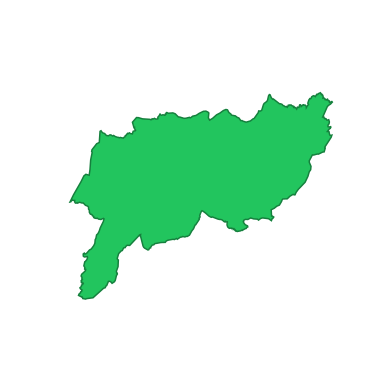 Nittedal nor, Akershus, Norway (Equal Earth projection), rotated 291°
{"feature_id": "86288312B73393856679097", "entity_name": "Nittedal nor", "entity_type": "district", "adm_level": 2, "iso_a3": "NOR", "parent_name": "Norway", "parent_adm1": "Akershus", "projection": "equal_earth", "projection_center": [10.849, 60.08], "detail": "fine", "context": "isolated", "style": "filled", "palette": "green", "viewbox_px": 384, "rotation_deg": 291, "n_neighbors": 0, "source": "geoboundaries", "source_scale": "gbopen_adm2", "svg_char_len": 6033}
<svg xmlns="http://www.w3.org/2000/svg" viewBox="0 0 384 384"><g transform="rotate(291 192 192)"><path d="M259.0,145.8L257.0,141.6L257.2,140.0L256.9,139.6L255.4,139.8L255.3,139.2L254.0,139.3L253.8,139.0L253.9,138.1L253.5,136.9L252.7,136.1L252.8,134.7L253.3,134.5L253.3,134.2L251.5,134.0L249.6,133.3L248.2,133.9L247.3,132.7L247.1,132.1L247.3,130.5L246.2,129.6L246.1,128.5L245.2,128.4L244.7,127.6L244.8,126.8L242.6,119.7L242.2,115.2L241.6,113.5L235.8,111.4L231.5,114.6L231.8,115.2L230.6,115.5L229.5,117.2L229.0,117.2L227.6,115.3L224.9,115.5L224.5,113.6L224.8,112.3L223.5,111.4L223.7,110.9L222.1,110.2L221.2,110.2L220.7,109.9L220.9,109.8L220.6,109.5L219.5,109.6L218.7,108.9L217.7,108.6L217.2,105.4L216.5,104.7L216.6,103.5L216.3,102.7L216.3,100.1L216.7,98.6L216.2,98.3L215.8,97.7L216.2,96.3L216.0,95.0L214.5,93.8L214.1,91.8L215.3,89.5L215.2,87.6L215.7,86.4L216.6,85.1L215.7,84.4L205.0,87.7L202.9,85.7L195.6,83.5L193.8,83.8L193.3,84.6L185.7,85.9L176.5,88.7L170.8,90.0L170.5,86.6L168.3,85.3L161.8,84.7L146.9,82.4L139.0,81.7L139.5,82.4L141.8,82.7L141.4,83.6L142.1,85.5L140.7,86.0L139.9,87.1L140.1,87.9L140.9,88.5L140.6,89.2L142.1,90.6L142.3,93.3L142.8,94.4L141.4,97.3L141.4,99.7L140.9,100.7L138.9,101.6L138.3,102.6L136.2,103.5L134.9,105.1L135.1,106.0L134.7,107.2L134.2,107.5L134.2,108.2L133.1,109.3L133.4,109.6L132.8,110.2L132.8,110.9L133.0,112.1L133.6,112.9L133.2,114.4L133.7,116.8L135.6,118.7L135.4,119.5L132.6,119.8L125.7,119.2L122.1,119.4L119.4,119.1L117.7,118.3L114.3,118.9L112.8,118.7L109.3,119.7L106.7,119.5L102.7,118.4L101.2,117.1L97.1,115.6L95.9,114.6L95.7,113.9L96.3,113.4L95.5,112.7L94.4,112.9L93.0,113.7L92.8,114.9L94.2,117.4L93.3,118.0L91.3,118.1L88.9,117.3L88.4,116.9L84.3,117.5L82.9,119.2L81.6,119.3L81.3,119.9L81.6,120.5L81.1,120.7L79.9,120.6L75.7,118.5L74.2,118.5L73.7,118.7L73.2,119.2L73.2,119.6L72.3,120.2L71.3,120.3L70.9,121.0L69.5,120.3L69.0,120.5L68.8,121.1L67.9,121.1L67.6,121.8L68.0,122.5L67.5,122.6L67.5,123.2L66.3,123.0L65.6,122.2L64.1,122.5L62.4,121.7L62.0,122.1L62.2,122.3L61.7,122.5L61.2,123.6L61.3,124.2L60.5,124.5L59.5,124.5L58.9,123.9L57.5,123.8L56.3,123.1L54.8,123.1L54.5,125.8L54.7,126.8L54.3,126.9L54.0,127.8L53.4,128.2L53.9,131.0L54.8,132.0L57.8,137.5L70.4,143.9L71.6,145.3L73.3,145.3L74.1,145.9L78.6,146.0L79.1,147.1L79.0,148.4L78.1,150.1L80.5,151.8L82.2,152.0L86.8,151.4L88.7,151.7L89.5,151.2L89.4,150.7L90.9,149.8L95.8,149.7L102.1,147.6L102.7,146.3L103.1,146.0L108.2,145.6L111.6,147.0L112.4,147.9L115.3,148.2L116.2,149.6L117.2,149.6L119.0,150.5L119.8,153.0L133.3,158.5L133.9,159.3L132.1,159.6L131.9,160.1L124.1,165.6L123.1,166.7L122.6,168.0L122.1,171.6L122.6,172.3L124.4,172.5L125.0,173.4L125.6,173.2L128.1,173.8L129.1,175.3L130.4,175.7L133.7,181.1L135.4,185.1L137.2,185.6L138.5,187.0L141.1,191.3L141.3,192.6L143.0,194.1L142.6,195.2L145.5,197.2L146.5,198.8L147.1,199.2L147.5,201.5L148.5,202.5L148.8,203.5L150.8,205.1L155.8,205.8L158.2,206.6L162.2,206.7L162.7,207.2L169.1,208.6L170.2,208.0L170.7,208.4L171.7,208.4L172.9,207.6L176.4,207.6L178.1,208.0L178.2,208.4L177.2,212.2L175.6,216.3L175.3,218.6L175.4,219.3L176.0,219.8L176.0,225.8L176.2,227.4L176.7,228.9L176.7,230.2L175.8,232.8L176.5,233.5L176.0,233.8L176.8,235.6L173.8,236.5L172.2,237.8L171.6,239.2L171.5,240.0L172.4,241.5L172.0,242.1L172.5,242.6L172.5,243.4L171.9,243.9L172.8,244.3L171.9,245.9L171.5,245.9L171.4,246.3L171.8,246.3L171.2,247.1L171.5,247.4L171.3,248.3L173.1,251.2L174.4,252.4L174.2,252.7L176.7,254.7L177.3,255.6L178.7,255.9L179.4,256.6L180.3,256.0L180.5,253.4L181.9,251.1L182.6,251.0L182.8,250.5L183.7,250.5L184.6,250.7L185.6,251.7L186.4,254.0L188.8,256.1L189.0,259.2L190.1,262.9L189.6,264.2L191.9,265.6L193.1,267.2L194.5,273.1L193.7,276.4L195.8,276.4L196.3,276.9L197.9,277.3L198.4,275.3L198.1,274.9L203.8,272.3L206.3,274.6L209.2,276.3L211.1,278.3L215.3,279.0L216.8,278.9L218.1,279.4L219.8,283.4L223.1,284.9L225.9,287.1L226.2,288.0L225.9,288.3L226.3,289.2L228.9,289.3L232.6,290.3L241.7,294.1L248.3,294.6L252.8,294.2L255.3,294.8L258.6,293.9L261.7,290.9L263.1,290.3L269.8,291.1L270.1,292.3L272.3,295.3L272.7,296.5L276.1,299.7L276.8,301.0L280.5,300.7L280.9,300.5L280.8,300.2L281.6,299.9L292.9,302.3L295.2,302.2L294.7,301.5L294.6,300.1L297.5,298.2L297.0,296.7L299.6,297.4L301.0,298.3L302.3,298.4L302.7,298.0L301.9,296.9L301.7,295.5L303.4,295.0L304.6,295.5L306.1,295.3L306.9,295.0L308.5,293.7L307.6,292.7L307.5,292.0L308.4,290.9L308.4,290.1L308.0,289.9L308.3,289.0L309.2,288.4L308.8,287.2L320.0,287.7L321.7,288.3L323.7,289.8L326.2,290.8L326.6,290.1L324.9,288.4L325.3,287.8L326.2,287.6L326.4,286.9L326.2,286.3L327.2,285.3L326.1,284.6L326.0,284.2L326.5,283.6L326.0,283.0L326.8,282.3L326.8,281.7L327.2,281.2L326.7,280.6L327.7,280.4L329.1,279.5L329.0,279.2L329.7,278.5L329.3,278.0L329.4,277.7L329.9,277.6L330.6,276.4L330.3,276.3L330.4,276.0L329.1,274.7L328.3,274.5L328.1,273.8L327.5,273.7L327.6,273.4L325.2,272.9L325.6,271.3L324.8,270.3L323.7,269.6L321.9,269.5L321.4,268.9L321.4,268.5L319.7,268.1L316.4,268.3L315.4,269.4L314.3,268.9L311.8,268.5L312.9,268.0L313.7,266.5L313.1,265.4L313.5,265.0L313.2,264.4L310.9,263.3L312.3,262.1L311.9,261.3L309.2,261.5L309.0,260.0L306.9,260.0L307.7,258.7L307.9,258.2L307.8,257.6L308.1,257.0L307.3,257.0L307.3,256.7L308.5,255.5L308.3,254.6L308.8,253.2L308.3,252.6L308.3,252.0L307.3,251.4L307.5,250.8L305.3,250.6L305.7,249.6L305.2,249.3L305.3,248.8L305.0,248.1L305.5,246.8L305.3,246.1L306.1,244.6L306.1,243.1L305.7,242.1L308.0,234.6L307.5,234.2L307.6,233.9L308.5,232.2L310.7,230.1L310.7,229.3L309.2,229.0L305.1,229.6L303.4,229.4L300.5,227.6L299.2,227.4L293.3,227.8L292.1,226.9L291.6,225.2L289.8,225.4L282.8,223.6L282.2,222.8L279.3,221.1L276.6,217.5L276.4,214.0L276.6,213.1L276.1,212.0L277.9,209.3L277.9,207.5L278.6,205.2L277.9,201.3L278.7,200.4L279.4,198.0L281.4,195.7L281.2,194.1L279.3,192.1L275.6,189.7L272.9,187.3L268.1,184.8L265.4,182.7L267.1,180.7L271.8,179.4L272.3,178.3L272.5,176.0L271.4,173.7L268.1,170.6L265.0,168.4L263.0,165.4L261.2,164.4L260.6,163.7L260.8,162.9L258.7,159.9L257.9,158.1L257.6,153.9L257.2,152.3L259.0,148.3L259.0,145.8Z" fill="#22c55e" stroke="#15803d" stroke-width="1.5"/></g></svg>